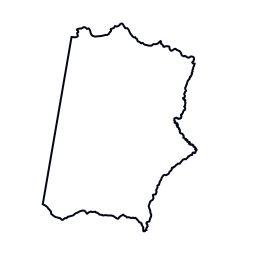 outline of Trapeang Prasat, Siemréab, Cambodia, rotated 10°
{"feature_id": "14789045B58524041159765", "entity_name": "Trapeang Prasat", "entity_type": "district", "adm_level": 2, "iso_a3": "KHM", "parent_name": "Cambodia", "parent_adm1": "Siemréab", "projection": "mercator", "projection_center": [104.395, 14.168], "detail": "fine", "context": "isolated", "style": "outline", "palette": "ink", "viewbox_px": 256, "rotation_deg": 10, "n_neighbors": 0, "source": "geoboundaries", "source_scale": "gbopen_adm2", "svg_char_len": 5882}
<svg xmlns="http://www.w3.org/2000/svg" viewBox="0 0 256 256"><g transform="rotate(10 128 128)"><path d="M182.4,53.0L180.8,53.1L180.2,52.7L179.9,52.2L180.1,51.7L180.9,50.5L181.1,48.5L180.6,47.3L179.9,46.7L178.3,46.5L177.6,46.6L176.3,47.8L175.5,48.2L174.3,48.2L172.2,47.2L171.3,47.2L170.8,47.7L170.1,47.7L168.7,47.2L168.2,46.8L166.7,44.4L165.6,43.4L162.2,42.5L161.5,42.0L160.8,41.8L160.0,42.1L158.4,43.7L157.6,44.2L157.3,44.4L156.6,44.2L156.0,43.8L155.3,42.8L155.0,42.3L154.8,41.2L154.5,40.8L154.1,40.6L152.9,40.6L151.0,40.9L149.5,41.8L148.9,41.8L147.9,40.4L147.5,40.0L145.8,39.2L145.5,38.5L145.4,37.0L145.0,36.8L144.3,37.4L143.0,39.2L142.2,40.0L140.4,40.7L138.9,40.9L138.4,41.1L136.9,42.7L136.3,42.9L134.4,43.3L132.1,43.1L130.4,43.1L129.3,42.8L128.1,41.9L127.6,41.6L127.2,41.7L126.6,42.2L126.0,42.3L124.6,41.3L122.6,40.9L122.0,40.1L121.6,39.0L121.0,38.6L120.0,38.3L119.4,37.4L118.2,37.7L117.5,37.5L116.7,37.1L113.8,34.4L111.3,30.8L110.2,30.0L109.7,29.8L108.3,30.2L107.9,30.0L106.4,28.5L105.0,26.8L104.4,26.3L103.6,26.2L103.0,26.5L102.3,27.1L101.5,28.5L100.5,29.4L100.0,29.8L99.5,30.0L97.8,29.9L97.4,30.0L96.9,31.6L96.5,32.0L95.5,32.7L94.0,33.5L93.8,33.9L94.4,35.0L94.3,35.8L93.4,36.9L92.8,38.6L92.1,39.3L91.3,40.0L90.2,40.1L85.8,42.0L79.6,43.7L77.4,43.4L76.3,42.9L75.8,42.5L74.9,41.2L73.6,38.4L72.7,37.3L71.9,36.7L71.6,36.8L71.1,37.3L70.4,37.5L69.2,36.8L67.7,36.2L67.2,36.3L66.6,36.6L65.3,37.8L64.8,38.1L63.1,38.5L61.7,39.0L60.6,39.9L60.8,40.4L61.9,41.1L62.2,41.5L62.3,42.3L61.5,43.2L61.4,43.6L62.4,45.4L62.6,46.2L62.4,46.6L61.6,47.3L60.5,47.8L56.6,48.2L57.3,217.9L59.1,218.4L62.2,219.8L63.4,221.1L64.8,222.1L66.5,223.6L67.4,226.0L70.9,227.9L72.5,228.3L76.6,228.6L78.7,229.8L79.7,229.8L81.5,227.7L82.8,227.6L83.5,227.1L83.6,226.6L84.0,225.9L85.1,225.6L86.7,224.7L89.0,223.7L90.0,222.7L90.2,222.1L91.4,221.0L93.3,219.9L94.7,218.6L96.2,217.8L97.9,217.1L99.0,217.0L100.4,217.6L102.5,219.5L102.8,219.4L103.8,218.1L105.7,216.9L106.2,216.7L107.0,217.0L109.6,216.4L110.2,216.1L111.1,216.8L111.8,216.7L112.9,217.0L114.3,217.7L114.9,218.1L115.5,218.3L117.3,218.0L118.4,218.5L121.1,217.7L123.4,217.6L126.4,217.1L127.6,217.1L128.9,217.3L130.0,217.7L131.6,218.6L133.2,219.1L134.0,219.0L134.5,218.4L134.9,217.3L135.5,216.8L136.3,215.7L137.3,215.1L138.0,214.5L138.2,214.2L138.6,214.3L139.0,214.7L141.2,215.4L141.7,215.7L142.4,216.3L143.5,215.9L144.5,215.8L145.2,215.8L145.9,216.1L146.7,216.1L148.5,215.4L149.4,215.8L151.0,215.2L151.8,215.6L152.4,216.2L154.3,217.6L154.9,218.4L155.6,218.9L156.5,218.9L157.9,219.6L158.2,220.2L158.1,220.6L160.3,223.3L160.3,224.4L160.9,225.2L160.7,226.1L161.0,226.8L161.8,227.0L162.8,226.4L163.3,225.4L163.8,225.2L163.6,224.8L163.5,223.5L164.0,222.1L164.4,221.4L164.1,221.0L164.0,220.1L163.7,219.5L162.8,219.0L162.7,218.1L162.8,217.7L163.1,217.4L164.8,216.6L165.2,216.3L165.5,213.0L165.7,212.7L165.8,211.9L166.1,211.5L166.1,211.0L165.9,209.2L164.8,207.7L164.5,206.7L164.4,205.9L162.5,202.6L162.0,201.4L162.0,200.9L162.7,196.6L163.2,195.9L164.7,194.5L165.2,193.0L165.1,192.1L164.2,189.7L164.5,189.2L165.2,189.1L166.8,188.5L167.2,186.0L167.1,185.5L166.7,184.9L166.6,184.3L166.8,183.3L167.4,181.7L167.0,179.6L167.2,179.3L168.2,178.8L168.3,178.6L168.5,177.3L168.4,176.8L168.7,175.7L168.7,175.1L169.6,173.1L169.8,171.2L171.0,168.6L171.4,168.2L171.9,167.8L173.3,167.9L174.8,167.1L176.1,165.7L176.6,163.8L178.1,161.9L178.3,160.9L178.1,160.4L178.3,159.4L178.5,159.3L179.3,159.2L179.9,158.8L180.0,158.3L180.9,157.7L181.8,156.1L182.6,155.5L183.1,154.5L185.2,154.1L185.7,152.9L187.5,149.8L188.7,149.0L189.4,148.7L190.3,148.8L191.8,147.0L192.3,145.5L192.9,145.4L193.4,144.7L194.3,143.9L195.8,143.4L195.9,143.2L195.7,142.2L196.1,141.0L197.0,140.8L197.6,141.1L198.0,141.1L198.3,140.9L198.6,140.6L198.5,140.2L198.6,139.6L198.9,138.6L199.4,138.0L199.4,137.7L199.0,137.4L197.9,137.3L197.7,137.0L197.8,136.7L198.3,136.3L197.5,135.7L197.2,135.2L196.6,135.2L195.9,135.0L195.7,134.3L195.1,134.1L195.2,133.6L194.8,133.5L194.4,133.7L194.2,133.7L193.8,133.0L193.6,133.0L192.9,133.2L192.4,133.6L192.1,133.5L192.0,133.0L190.8,132.9L190.8,132.7L191.2,132.3L191.4,131.8L190.8,131.4L190.8,131.2L190.4,131.3L189.9,130.9L189.5,130.9L189.3,131.2L189.0,131.3L188.8,130.9L188.4,130.5L188.6,130.3L188.5,129.9L188.2,130.0L188.0,129.8L188.1,129.5L187.8,129.4L187.5,129.1L187.3,129.4L187.6,129.6L187.3,129.8L186.6,129.5L186.3,128.8L185.8,128.7L185.5,128.5L185.4,128.3L185.0,128.1L184.3,128.0L184.1,127.8L184.4,126.9L184.3,126.5L183.9,126.0L184.0,125.7L183.6,125.2L182.1,124.1L181.0,124.2L180.3,123.9L180.0,123.3L179.6,122.8L179.7,122.4L179.4,121.7L179.6,121.3L179.3,120.8L178.5,120.4L178.6,119.7L178.4,119.4L177.2,118.7L176.7,118.6L176.1,118.0L176.0,117.7L176.5,117.6L176.7,117.4L176.7,117.1L176.5,116.8L175.9,116.9L175.4,116.6L176.2,115.7L175.8,115.4L175.6,114.9L175.4,114.8L174.7,114.9L173.7,114.9L172.9,114.5L172.9,114.2L173.2,113.8L173.5,113.7L173.3,113.3L172.8,113.1L172.2,112.4L172.3,112.0L172.0,111.0L172.0,110.7L172.8,109.9L173.2,109.9L173.5,109.6L174.4,109.5L175.1,110.1L176.6,110.2L176.8,110.0L176.8,109.7L177.6,109.7L177.9,109.2L178.5,108.9L178.6,107.0L177.9,106.2L177.9,105.8L178.3,105.2L178.9,104.8L179.4,103.2L179.4,102.6L179.6,101.7L180.1,100.7L180.5,100.7L180.8,100.5L180.7,100.0L181.0,99.4L180.9,98.7L180.4,97.6L179.7,97.2L179.8,96.9L180.4,95.9L180.1,94.6L180.3,93.4L179.3,91.4L179.6,91.1L179.6,90.8L178.3,89.7L178.1,89.6L177.7,89.9L177.6,89.6L177.3,89.5L177.1,89.0L178.0,88.5L178.2,88.3L178.1,88.1L178.5,87.3L178.4,86.2L177.6,85.2L177.4,84.4L177.9,83.4L177.9,83.1L177.8,82.8L178.0,82.4L178.6,81.5L178.6,80.9L177.6,79.6L177.3,78.7L177.8,77.0L177.8,76.7L178.0,76.0L177.9,75.6L178.3,75.0L178.3,73.5L178.7,71.2L179.2,70.4L179.5,69.5L180.0,69.1L180.1,68.6L180.1,67.4L180.4,67.4L180.5,67.2L180.5,66.4L181.2,65.7L181.2,65.1L181.6,63.7L181.6,63.2L181.2,62.8L181.3,62.3L181.8,61.2L181.4,60.5L181.8,57.8L181.9,56.2L182.4,54.3L182.4,53.0Z" fill="none" stroke="#020617" stroke-width="2"/></g></svg>